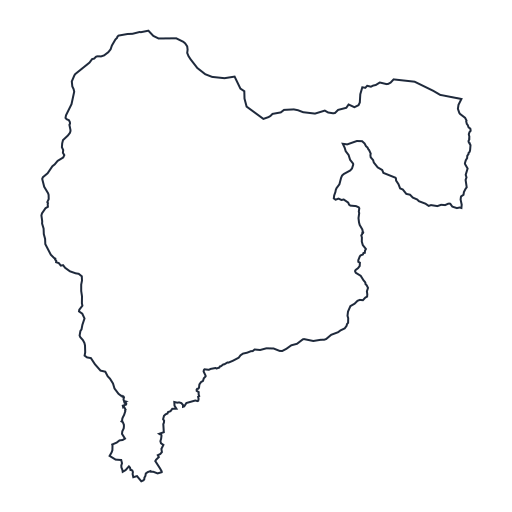 Bulzestii De Sus, Hunedoara, Romania (Mercator projection)
{"feature_id": "2599482B39197296010274", "entity_name": "Bulzestii De Sus", "entity_type": "district", "adm_level": 2, "iso_a3": "ROU", "parent_name": "Romania", "parent_adm1": "Hunedoara", "projection": "mercator", "projection_center": [22.798, 46.285], "detail": "fine", "context": "isolated", "style": "outline", "palette": "slate", "viewbox_px": 512, "rotation_deg": 0, "n_neighbors": 0, "source": "geoboundaries", "source_scale": "gbopen_adm2", "svg_char_len": 5978}
<svg xmlns="http://www.w3.org/2000/svg" viewBox="0 0 512 512"><path d="M109.6,455.9L115.6,459.6L121.2,460.0L122.0,463.2L121.3,465.5L121.4,467.4L122.4,469.9L122.7,471.8L125.6,470.1L128.9,466.4L130.0,467.6L130.5,470.0L131.3,469.9L132.3,470.5L132.9,472.1L132.6,474.0L133.3,477.2L137.0,476.1L141.3,481.3L143.5,480.3L144.3,479.2L144.4,477.7L145.4,475.9L145.8,473.5L147.7,472.1L150.5,471.1L150.7,471.7L153.4,471.8L157.6,473.4L161.7,472.2L161.7,471.4L160.0,468.4L155.3,461.1L156.1,459.7L158.8,457.1L157.8,455.2L160.3,454.0L161.9,452.1L161.4,448.9L163.4,444.9L161.0,443.3L160.4,441.2L161.1,438.8L161.5,435.7L161.1,434.1L160.0,434.3L159.2,433.8L163.8,432.2L163.3,424.1L163.9,422.7L164.1,420.7L163.1,419.2L164.0,415.8L165.6,414.3L167.5,413.5L168.0,412.1L170.5,411.2L172.3,408.8L176.4,408.7L174.5,405.7L174.3,402.0L177.3,402.7L179.1,402.4L181.4,403.1L183.0,405.0L183.0,406.8L184.2,406.4L186.4,403.0L195.3,400.5L197.5,401.1L198.2,400.8L198.6,399.0L198.1,396.8L199.2,396.1L198.6,394.2L198.7,392.1L196.7,390.9L196.6,389.7L197.2,388.8L198.3,388.7L199.0,387.7L199.4,384.4L201.0,382.1L203.0,380.9L203.8,378.3L205.6,376.4L205.6,375.7L203.6,371.5L203.9,370.0L204.5,369.3L208.8,369.8L210.7,368.9L215.6,368.0L216.5,368.5L219.3,367.6L219.8,366.5L221.0,366.2L223.3,364.4L224.4,364.3L227.4,362.5L228.5,362.6L232.8,360.8L238.7,357.7L240.5,355.3L243.0,353.6L247.1,352.7L250.9,351.2L252.7,351.1L254.6,349.5L260.1,350.0L266.4,348.3L273.6,348.5L279.6,350.9L282.2,351.0L286.4,348.8L291.3,345.3L297.0,343.8L302.9,339.3L304.1,339.1L313.3,341.0L320.6,339.8L324.3,339.7L326.2,339.0L331.2,334.8L338.1,332.2L340.5,330.4L344.7,328.4L346.6,325.8L347.0,324.1L348.1,322.8L348.2,318.2L347.5,315.8L348.0,311.6L350.4,306.1L354.6,303.7L357.5,300.8L359.8,299.9L362.9,300.2L365.3,297.6L367.1,296.6L367.3,294.4L366.9,291.3L368.0,287.9L366.7,285.3L365.5,284.1L365.4,282.8L364.9,281.9L363.5,280.3L360.7,275.8L355.8,272.8L355.1,271.4L355.2,270.6L355.7,269.9L358.0,268.2L359.7,266.0L359.9,262.7L358.3,261.8L358.3,260.2L359.8,256.4L360.6,255.4L362.9,254.5L363.5,253.0L364.8,252.8L365.0,250.7L365.9,249.0L362.8,245.1L361.8,241.6L361.9,237.5L361.3,235.3L362.1,234.4L362.3,233.1L363.0,233.0L363.2,232.4L362.6,232.0L362.8,231.6L362.3,229.4L359.7,225.0L359.0,222.4L358.5,218.1L359.2,213.1L358.8,211.6L359.3,208.3L358.7,207.3L356.0,206.1L350.4,205.6L349.1,204.7L348.2,202.6L343.7,199.5L341.5,200.0L338.5,198.6L335.6,199.7L333.8,198.4L334.2,195.4L335.4,192.0L335.8,189.9L336.5,188.2L339.4,184.3L341.1,177.8L342.1,175.5L343.8,174.0L350.2,170.5L352.0,168.5L353.2,164.7L353.1,163.6L350.1,159.8L348.6,155.0L345.7,151.2L344.7,147.8L342.8,143.8L347.2,144.4L356.9,141.0L362.1,141.2L364.6,143.5L366.0,146.2L367.5,147.5L368.4,149.4L369.0,149.9L370.7,153.6L370.4,155.1L370.7,157.3L373.1,160.1L373.8,162.5L377.7,167.4L382.2,170.0L383.4,172.9L395.4,177.7L395.9,178.3L396.1,180.6L398.5,184.2L400.1,188.4L402.8,189.5L406.3,193.9L410.0,194.7L412.8,197.6L417.2,199.5L418.9,201.2L425.5,203.7L428.7,205.9L431.0,205.1L437.4,206.1L441.1,204.8L445.1,205.1L448.2,203.7L449.8,203.6L450.3,203.8L452.2,206.5L453.1,206.9L456.9,208.1L459.7,207.5L461.4,208.0L461.7,204.7L460.6,199.6L460.9,197.1L461.1,196.4L463.5,194.8L463.9,192.1L465.4,189.1L466.7,187.3L465.6,179.9L466.5,177.4L465.7,174.8L467.6,168.5L465.1,164.2L464.9,163.3L465.8,160.2L467.1,158.2L467.3,155.7L468.5,154.1L468.5,153.1L469.7,151.7L470.1,150.0L470.5,145.1L469.8,144.1L469.8,143.3L468.9,142.7L468.5,141.1L469.4,139.0L469.1,138.2L469.4,137.0L468.8,134.2L469.5,132.1L470.6,130.9L470.6,130.1L470.3,128.6L468.6,127.4L467.7,125.0L466.8,123.9L466.2,121.3L466.5,120.6L465.1,117.8L460.0,113.9L459.3,112.9L457.9,108.8L458.5,104.8L461.4,99.0L440.2,94.9L433.2,90.8L414.6,81.7L393.6,79.4L390.6,82.6L388.2,83.9L386.5,84.1L379.8,82.5L375.8,85.0L373.1,85.6L370.9,86.7L367.2,85.8L365.3,87.8L362.3,87.3L360.3,94.2L359.8,102.5L358.5,105.2L354.4,107.2L348.6,104.5L346.3,107.8L338.1,109.9L335.0,113.0L333.2,113.3L328.1,112.5L324.8,110.6L315.0,113.6L303.1,112.2L297.9,110.2L293.8,109.4L284.0,109.9L280.8,112.4L272.5,113.9L270.4,116.0L268.5,117.1L263.4,118.9L246.6,106.6L244.5,98.6L244.3,91.2L240.4,88.6L234.6,76.6L224.5,78.2L212.1,76.9L205.2,74.2L197.3,68.0L190.5,59.2L188.5,56.1L187.2,52.9L187.6,49.7L187.2,46.4L185.2,43.4L183.3,41.8L176.2,38.3L158.6,38.5L153.3,35.9L148.4,30.7L140.9,32.2L139.6,32.0L132.5,33.8L127.5,34.0L118.5,35.6L117.4,36.7L117.1,37.8L115.4,39.5L111.9,45.5L110.6,49.3L108.3,52.2L104.1,55.4L101.1,56.4L97.3,56.3L95.9,56.8L94.2,58.6L92.1,59.1L89.5,62.6L75.3,74.0L74.4,75.3L71.8,81.4L72.3,86.4L73.6,89.1L74.2,91.7L71.5,104.2L66.0,115.3L65.5,117.9L66.6,119.2L68.9,120.2L69.9,122.2L70.0,123.7L69.4,124.8L70.5,130.2L70.4,131.4L69.9,132.9L67.9,135.5L63.0,140.1L62.2,143.3L61.9,147.2L63.2,150.1L62.9,152.8L64.3,155.1L63.2,157.5L57.6,160.9L54.7,164.4L52.4,166.2L47.6,173.3L42.9,177.2L42.2,178.9L44.2,186.8L48.1,193.3L48.6,194.9L48.7,199.1L47.3,202.1L48.0,203.1L47.7,204.0L47.9,206.8L45.5,208.2L42.0,213.3L41.4,215.4L42.2,221.2L42.1,223.6L43.6,228.6L43.8,234.1L45.1,238.9L45.3,244.1L50.8,254.7L54.1,258.0L55.3,258.6L55.1,259.6L56.2,260.7L56.1,262.2L58.8,263.1L60.8,265.6L63.1,265.2L65.1,267.8L69.9,271.3L75.6,273.3L78.7,273.8L81.8,276.3L82.0,280.5L81.2,284.6L81.2,291.0L82.0,296.4L81.9,303.3L82.4,305.7L79.3,309.7L79.0,311.4L82.3,313.7L84.5,318.5L82.4,324.8L81.5,329.4L80.4,331.0L79.6,335.5L80.3,337.2L82.9,340.1L84.4,342.9L85.0,345.4L85.2,352.3L84.6,355.6L87.0,357.4L90.9,358.1L94.9,364.2L100.5,370.6L105.3,371.7L107.7,376.3L110.0,378.7L113.0,383.5L114.5,388.5L118.5,393.8L121.1,395.8L121.9,395.8L122.4,396.7L123.4,396.4L124.0,397.3L123.5,399.1L123.7,400.2L124.2,401.1L125.7,401.5L124.3,402.1L124.6,402.9L126.2,403.3L126.3,403.9L126.0,404.6L122.8,405.7L123.2,407.4L124.1,406.9L125.6,409.7L125.1,410.3L125.3,411.2L124.1,414.9L122.7,417.6L122.2,419.1L122.2,420.4L121.5,421.4L122.8,422.1L123.9,424.8L123.9,426.7L123.7,428.4L122.3,431.3L122.0,433.9L125.0,438.6L122.6,440.0L119.5,440.4L116.7,442.6L112.2,444.5L112.5,445.5L112.4,450.2L111.6,452.4L109.6,455.9Z" fill="none" stroke="#1e293b" stroke-width="2"/></svg>